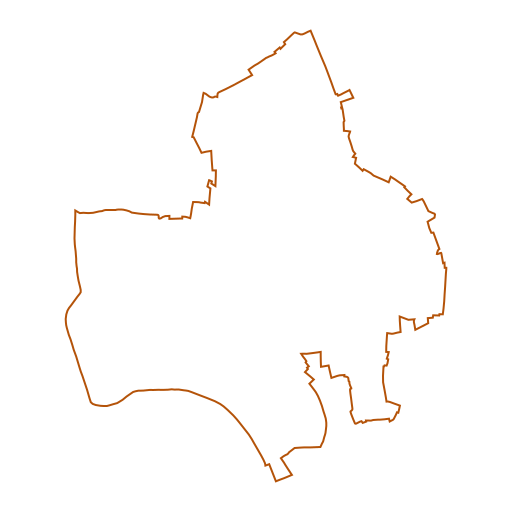 Kim Dong, Hưng Yên, Vietnam (Robinson projection)
{"feature_id": "81297802B31840185218616", "entity_name": "Kim Dong", "entity_type": "district", "adm_level": 2, "iso_a3": "VNM", "parent_name": "Vietnam", "parent_adm1": "Hưng Yên", "projection": "robinson", "projection_center": [106.041, 20.745], "detail": "fine", "context": "isolated", "style": "outline", "palette": "amber", "viewbox_px": 512, "rotation_deg": 0, "n_neighbors": 0, "source": "geoboundaries", "source_scale": "gbopen_adm2", "svg_char_len": 6008}
<svg xmlns="http://www.w3.org/2000/svg" viewBox="0 0 512 512"><path d="M274.5,51.9L275.6,53.3L273.7,54.4L271.6,55.5L269.1,56.5L267.4,57.4L266.1,57.9L265.0,58.7L259.4,62.6L257.6,63.8L256.3,64.5L254.4,65.6L250.7,68.2L248.6,69.7L252.1,75.1L233.6,85.1L225.7,89.1L219.7,91.9L218.4,92.6L217.9,93.2L217.6,93.8L217.4,95.5L217.3,97.0L215.9,96.6L215.1,96.6L214.4,96.8L213.7,97.3L213.1,97.4L212.2,97.5L211.6,97.4L210.6,97.1L209.4,96.6L208.2,95.7L205.7,93.8L203.6,92.9L203.1,95.0L202.0,102.1L199.0,112.0L198.4,112.3L197.9,112.8L197.6,113.4L196.9,117.4L193.7,131.0L192.2,136.9L193.7,137.3L196.4,142.6L199.2,148.0L201.5,152.8L206.1,151.7L211.2,150.9L211.7,160.0L212.3,168.2L212.5,170.4L215.9,170.4L215.8,176.5L215.4,186.1L211.3,183.5L211.9,181.4L211.0,181.0L209.5,180.3L209.1,180.2L208.3,183.2L207.4,186.5L210.4,188.4L209.5,198.2L209.1,204.6L205.0,201.8L204.6,203.1L200.7,202.6L198.9,202.2L196.8,202.1L193.1,202.0L192.8,203.5L191.8,208.6L191.5,210.7L191.1,213.5L190.7,215.8L190.2,218.2L187.7,217.4L185.4,216.8L182.3,216.6L182.2,218.5L181.2,218.5L169.4,218.9L169.4,215.9L167.6,216.0L165.3,216.1L162.8,217.0L160.8,218.3L159.7,218.6L159.3,218.6L159.1,218.5L158.8,218.1L158.7,217.7L158.7,217.0L158.7,216.3L158.5,215.5L158.1,215.0L157.6,214.8L156.0,214.7L149.9,214.5L144.1,214.1L139.0,213.6L131.8,212.6L129.4,211.3L126.5,210.4L123.3,209.7L121.1,209.5L118.5,209.5L116.7,209.7L115.6,210.0L105.8,210.0L104.1,210.3L102.0,211.1L99.2,211.4L93.1,212.8L88.5,213.1L83.3,212.8L79.9,213.1L78.0,212.1L75.3,210.5L75.3,214.9L75.1,221.5L74.8,227.3L74.5,238.5L74.8,244.4L75.1,247.3L75.6,251.1L76.2,258.8L76.2,262.3L76.6,266.2L77.0,268.6L77.1,271.9L77.7,275.9L78.5,280.6L79.9,286.2L80.7,289.9L80.7,292.2L79.7,293.8L77.4,296.7L70.9,305.6L69.0,308.0L67.5,310.6L66.3,314.4L65.7,319.0L65.9,322.5L66.2,325.2L66.8,327.8L68.8,334.8L70.5,339.2L72.4,345.2L73.7,349.7L76.2,356.5L79.6,367.8L80.8,371.6L82.5,376.1L87.1,389.9L88.4,394.4L89.5,398.2L90.8,402.2L92.7,403.9L95.7,405.0L100.4,405.8L103.7,406.0L106.9,406.0L109.2,405.4L113.2,404.2L117.2,403.1L122.6,399.8L126.6,396.5L133.1,392.0L135.4,391.3L138.3,390.7L143.1,390.6L150.0,389.9L153.1,390.0L158.3,389.8L162.8,389.9L168.1,389.7L171.7,389.3L174.4,389.6L178.6,389.5L183.9,390.3L185.7,390.5L188.2,390.9L191.6,392.1L200.4,395.5L207.0,398.0L214.9,401.2L220.2,404.0L223.6,406.4L227.6,409.9L233.2,415.3L236.7,419.2L239.3,422.4L245.5,430.3L248.8,434.5L251.7,439.0L254.0,443.1L261.1,455.4L263.4,459.7L264.8,462.8L265.2,464.1L265.4,465.6L269.2,464.2L275.9,481.3L279.4,479.9L284.0,478.2L287.4,476.8L291.9,474.9L291.0,473.6L287.9,468.9L285.4,465.0L283.9,462.5L280.9,458.2L283.6,456.2L285.5,455.1L287.1,454.4L288.2,453.5L289.0,452.3L294.6,448.0L300.3,447.6L304.1,447.4L310.6,447.4L315.5,447.2L320.4,447.0L321.9,443.7L323.1,441.5L323.5,440.0L324.2,437.3L325.1,434.5L325.5,432.8L326.0,428.8L326.3,426.0L326.3,424.0L326.3,422.8L326.0,420.3L325.7,418.4L324.5,414.4L323.6,411.7L321.9,405.9L320.9,403.2L320.0,400.7L317.9,395.9L315.9,392.3L314.7,390.6L312.5,387.7L309.4,383.7L313.8,379.5L310.1,376.3L305.0,372.1L307.9,369.0L307.0,367.7L308.8,366.3L305.6,362.4L306.4,361.2L304.9,359.0L303.1,356.7L301.2,353.8L303.0,353.7L306.7,353.8L313.1,353.0L317.5,352.4L320.7,351.9L320.7,355.7L320.8,361.6L321.0,366.8L322.4,366.6L328.6,365.5L330.0,371.9L331.4,377.9L334.7,376.8L337.3,375.9L339.8,375.3L341.6,375.2L343.3,375.1L344.4,375.0L344.3,376.4L346.7,376.8L347.4,377.1L347.8,377.4L348.3,378.1L348.6,380.8L348.7,381.2L349.2,381.5L349.4,381.8L349.4,383.0L349.6,384.0L350.1,385.5L351.0,387.6L351.3,388.1L351.3,388.5L351.1,388.6L350.8,388.8L350.1,389.2L350.1,390.7L350.4,393.4L351.1,398.4L351.8,404.0L352.4,408.5L352.4,409.3L352.2,409.8L351.7,410.4L350.5,411.5L350.5,411.9L351.2,414.1L353.1,419.0L354.9,423.3L355.2,423.6L355.6,423.7L356.2,423.6L360.1,421.6L360.8,421.4L361.5,421.2L362.7,422.9L366.2,421.6L366.0,420.5L371.0,420.6L373.2,420.0L377.5,419.7L379.5,419.7L384.5,419.3L389.0,418.7L389.7,421.5L392.0,420.3L392.7,420.0L393.4,419.4L393.8,418.9L395.8,415.0L397.0,412.3L398.3,412.7L399.3,408.5L399.9,405.6L394.0,403.5L390.0,402.0L387.8,401.5L386.5,401.6L385.9,397.6L384.6,390.3L383.1,382.3L383.0,375.9L383.5,366.5L384.0,366.5L384.5,365.4L386.6,365.6L387.5,363.2L388.2,359.3L386.8,358.7L388.0,355.0L388.7,352.1L386.2,351.9L386.3,346.0L387.0,335.1L387.2,333.1L391.9,333.8L393.4,333.6L397.4,332.6L400.6,332.0L400.1,325.4L399.8,320.6L399.7,316.5L408.4,319.8L414.4,319.3L413.9,320.6L413.9,322.2L414.5,325.0L415.3,329.8L428.2,323.2L427.9,319.5L427.8,318.1L432.8,317.7L433.2,315.3L436.4,315.4L439.2,315.5L439.4,314.2L442.8,314.3L443.5,308.8L444.2,301.4L444.6,294.3L445.1,287.1L445.9,273.5L446.3,269.0L446.3,267.8L444.7,267.8L444.5,262.7L443.1,263.2L441.3,253.2L441.1,252.9L440.4,253.0L439.8,253.2L439.0,253.6L438.1,253.9L437.5,254.1L436.9,254.0L437.1,252.7L437.8,250.7L438.2,250.0L438.7,249.5L439.4,249.0L438.9,247.7L437.7,244.4L433.4,232.6L431.3,232.8L429.3,228.1L428.1,223.6L427.6,221.7L434.5,217.6L435.0,214.5L434.5,213.7L432.3,212.9L428.4,211.1L423.8,201.5L422.6,199.6L422.1,199.0L416.6,201.1L411.7,202.6L407.3,198.9L409.4,196.3L411.4,194.3L407.7,190.8L405.3,188.3L404.3,187.3L405.0,186.4L403.9,185.6L397.1,180.9L395.0,179.4L390.7,176.7L388.7,182.3L382.7,179.5L375.7,176.5L373.6,175.6L370.8,173.2L369.0,172.1L363.7,169.2L362.6,170.8L359.5,167.8L354.9,163.7L356.1,157.8L352.9,157.0L354.0,155.3L355.3,153.7L353.9,152.0L353.1,150.9L352.6,149.6L351.7,146.4L350.4,142.3L349.0,138.3L348.6,136.6L348.8,135.3L349.3,133.8L349.9,132.3L350.1,131.5L347.4,131.1L343.9,130.8L343.9,129.0L343.7,125.5L343.6,122.1L344.4,120.8L343.7,116.9L342.6,109.4L342.3,108.3L341.4,108.5L341.1,107.4L342.0,107.1L340.8,102.1L353.3,97.8L349.5,90.0L348.7,90.5L343.1,93.3L341.3,94.3L338.1,95.7L337.3,94.0L336.2,94.4L335.9,94.4L335.6,94.2L333.3,88.0L331.3,82.3L327.5,72.1L325.3,66.3L321.0,56.2L316.7,45.7L314.6,40.4L310.6,30.7L307.9,31.8L305.2,33.2L303.4,34.0L302.2,34.4L300.5,34.4L298.2,33.6L294.8,32.4L294.0,32.8L291.3,35.3L286.9,39.5L283.9,42.1L285.2,44.2L282.0,47.3L280.5,48.8L279.7,47.5L277.1,49.7L274.5,51.9Z" fill="none" stroke="#b45309" stroke-width="2"/></svg>